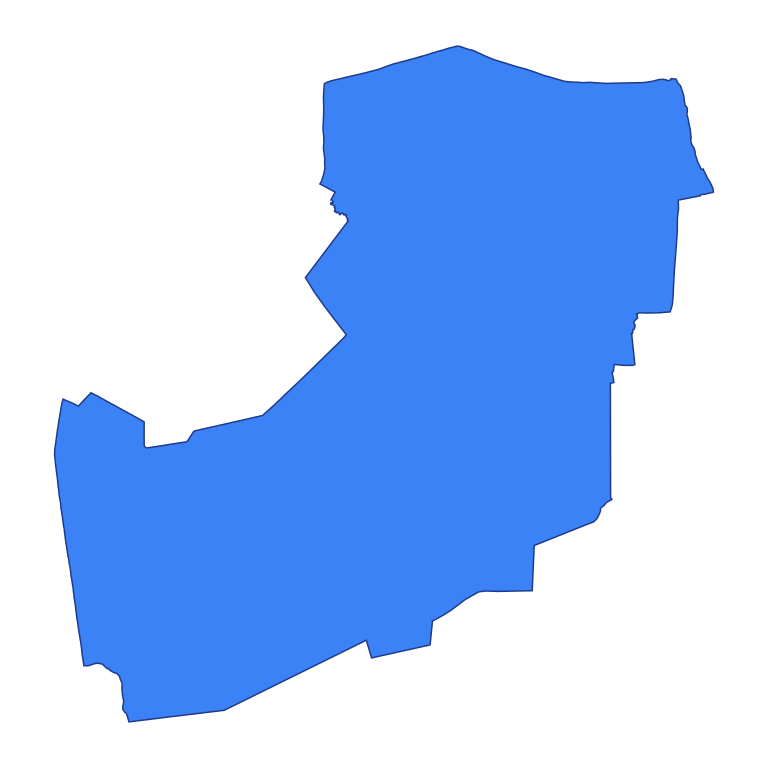 Certesti, Vaslui, Romania (orthographic projection)
{"feature_id": "2599482B13375142181874", "entity_name": "Certesti", "entity_type": "district", "adm_level": 2, "iso_a3": "ROU", "parent_name": "Romania", "parent_adm1": "Vaslui", "projection": "orthographic", "projection_center": [27.606, 46.012], "detail": "fine", "context": "isolated", "style": "filled", "palette": "blue", "viewbox_px": 768, "rotation_deg": 0, "n_neighbors": 0, "source": "geoboundaries", "source_scale": "gbopen_adm2", "svg_char_len": 5890}
<svg xmlns="http://www.w3.org/2000/svg" viewBox="0 0 768 768"><path d="M90.9,392.7L90.1,393.8L89.3,394.5L87.6,396.3L84.4,399.6L78.4,406.1L74.9,404.4L73.2,403.5L63.0,399.1L62.5,400.7L62.2,402.4L61.2,406.9L60.8,409.4L60.6,410.7L60.3,412.3L59.9,414.8L59.6,417.2L59.4,417.8L58.9,420.7L58.7,422.3L58.1,426.3L57.8,428.2L57.4,430.2L55.4,445.4L55.2,446.3L54.9,448.9L54.7,449.6L54.7,451.5L54.6,454.6L54.8,457.5L55.2,460.2L55.3,461.5L55.5,464.0L56.2,469.5L57.5,479.6L58.1,486.1L58.7,489.7L59.2,495.3L60.7,504.0L61.0,508.6L61.5,510.8L61.8,512.9L62.2,515.9L62.8,520.0L63.1,522.4L63.5,525.3L64.2,528.9L64.5,532.3L64.8,534.0L65.1,536.2L65.2,537.7L65.7,541.2L66.0,543.2L66.9,548.2L67.2,550.7L68.0,556.3L68.7,559.1L69.1,562.8L69.5,565.0L70.0,567.2L70.5,570.6L71.1,576.1L71.4,577.8L71.7,579.1L72.2,582.8L72.6,585.2L73.0,587.3L73.5,592.3L73.8,593.7L74.0,596.4L74.4,598.9L74.5,600.0L74.8,601.8L75.2,604.1L75.3,605.3L75.5,606.4L75.7,608.0L76.0,611.2L76.8,617.2L77.2,620.0L77.6,622.4L78.1,626.2L78.7,629.9L80.0,638.1L80.4,640.6L81.0,644.1L81.1,645.6L81.5,648.0L81.8,651.3L82.5,656.9L83.1,660.3L83.9,665.7L85.3,665.6L86.4,665.9L87.9,665.7L89.8,665.3L93.3,664.1L94.3,663.8L95.0,663.6L96.5,663.3L98.8,663.4L100.5,663.8L101.6,663.8L102.5,664.4L104.1,665.7L105.1,666.8L106.9,668.4L108.9,669.0L109.8,670.3L110.6,670.7L113.0,672.1L114.6,672.9L116.2,673.1L117.2,673.9L118.1,674.9L119.1,675.7L119.7,677.1L120.4,679.5L121.2,681.1L121.8,682.6L122.1,683.6L122.2,684.7L121.9,686.4L121.9,687.8L122.1,689.4L122.1,690.9L122.3,692.8L122.7,695.9L123.7,701.4L123.6,702.3L123.3,704.5L122.8,706.1L122.7,708.6L123.0,709.6L124.6,712.0L125.7,712.9L126.3,713.7L127.1,715.5L129.0,721.9L161.7,717.8L180.2,715.6L224.2,710.3L366.3,640.2L371.6,657.9L430.1,644.9L432.5,620.9L435.0,619.7L442.3,615.7L451.1,610.2L465.4,599.4L478.5,592.0L481.1,591.5L485.9,591.0L497.6,591.4L532.2,590.7L534.2,545.5L585.7,524.9L593.8,521.8L597.0,518.6L598.5,515.7L600.4,511.4L600.4,509.4L600.7,508.2L601.7,507.2L604.1,505.4L606.2,502.7L609.3,500.9L610.9,500.1L611.7,499.8L611.8,498.9L610.6,498.1L610.4,383.3L613.9,382.5L613.3,377.9L611.9,372.3L613.4,371.6L613.6,369.1L614.3,364.4L622.6,365.3L632.1,365.4L634.9,364.7L631.8,335.2L631.4,333.7L632.1,333.9L632.8,331.9L632.8,329.8L634.1,329.2L634.6,327.9L635.1,326.1L634.9,324.8L634.0,323.2L633.8,321.7L636.5,319.0L637.6,318.1L637.2,315.2L636.4,314.1L639.7,312.8L645.6,313.0L653.0,312.9L661.8,312.7L662.4,312.5L670.1,311.9L672.0,306.1L672.5,303.3L673.3,293.0L673.4,288.4L674.4,270.2L676.5,243.1L677.3,231.0L677.4,218.3L677.9,213.1L678.4,210.1L678.5,208.7L678.3,200.1L700.3,195.8L700.7,194.8L706.4,193.9L710.2,192.9L713.2,192.3L713.4,191.9L713.2,191.0L713.0,188.7L711.8,185.8L710.4,182.9L708.8,180.2L708.2,179.4L707.5,178.3L706.4,175.8L704.8,172.5L704.3,171.5L703.5,170.4L703.5,169.3L703.3,169.0L703.1,169.1L701.8,169.6L700.8,168.4L699.1,164.7L697.6,161.7L696.5,158.1L695.2,154.0L695.2,153.0L695.1,151.7L694.1,148.2L693.1,146.6L692.5,145.9L692.1,144.9L691.2,142.6L690.9,141.3L690.8,139.7L691.0,138.4L691.1,137.6L691.1,136.6L690.9,135.7L690.3,129.8L689.7,126.9L688.8,123.1L688.5,120.5L688.0,118.7L687.6,116.8L687.0,115.0L686.8,113.8L687.2,112.3L687.3,111.6L687.3,109.0L687.0,107.7L686.4,106.6L685.9,106.0L685.5,105.9L685.1,105.7L684.8,103.6L684.6,102.3L684.3,101.0L683.9,96.6L683.1,93.5L681.5,88.7L681.0,87.0L680.6,86.0L677.8,82.9L676.1,79.1L671.0,78.6L670.6,80.0L668.6,80.5L667.1,80.5L666.4,79.9L663.0,79.3L659.3,79.5L652.2,81.3L644.6,82.5L642.6,82.6L605.9,83.4L589.2,82.3L583.5,82.7L578.1,82.3L572.5,82.1L566.0,81.5L563.8,81.1L553.1,78.0L549.4,76.9L547.5,76.4L545.3,75.9L537.0,72.9L534.1,71.9L531.4,70.9L528.4,70.1L526.2,69.2L525.0,68.8L523.1,68.4L521.4,67.9L518.9,67.3L514.1,65.9L512.0,65.2L494.2,59.7L492.6,59.1L488.9,57.6L486.2,56.4L484.2,55.6L481.6,54.3L479.5,53.4L475.2,51.3L472.0,50.1L470.0,49.7L467.9,49.2L459.8,46.4L457.1,46.1L448.7,48.2L445.0,49.4L435.0,52.2L434.1,52.5L433.2,52.8L424.7,55.5L419.4,56.9L413.8,58.6L393.3,64.0L389.0,65.5L385.5,66.7L380.4,68.7L377.3,69.7L371.1,71.3L360.0,74.1L349.0,76.6L330.9,80.9L327.8,82.0L325.6,82.9L324.4,83.7L324.2,85.3L324.0,88.1L323.9,89.9L323.5,96.2L323.5,98.3L323.6,102.3L323.7,107.7L323.7,111.1L323.5,116.5L323.4,119.8L323.1,125.5L323.0,129.1L323.0,130.2L323.2,132.0L323.5,134.0L323.7,136.1L323.8,138.6L323.9,141.5L323.9,143.0L323.6,145.2L323.5,147.1L323.5,149.1L324.5,156.8L324.8,159.5L324.8,160.3L324.6,161.9L324.7,164.0L324.9,166.7L324.8,168.0L324.7,169.5L324.0,173.0L323.7,174.0L322.5,178.4L321.4,181.3L319.9,184.0L328.8,188.7L335.2,192.1L331.0,199.8L331.7,199.7L331.9,199.7L333.1,201.7L333.2,201.9L333.1,202.3L332.9,202.5L332.5,202.3L332.4,202.6L332.3,202.9L332.1,203.0L331.9,203.0L331.4,202.5L331.2,202.5L331.1,203.0L330.9,203.3L330.6,203.8L330.8,204.2L330.9,204.3L331.1,204.4L331.9,204.6L332.8,204.8L333.3,205.2L333.7,205.3L334.2,205.6L334.7,206.2L334.9,206.7L334.7,207.0L334.3,207.3L334.2,207.5L335.1,208.5L335.2,209.0L335.4,209.4L334.7,210.2L334.5,210.8L334.5,211.2L334.6,211.4L335.0,211.7L335.1,211.4L335.3,211.3L335.6,211.9L336.4,212.7L336.6,212.8L336.9,212.8L337.0,212.7L337.2,212.4L337.3,212.3L338.1,212.2L338.5,212.5L339.2,213.9L339.5,214.5L339.8,214.6L340.2,214.7L340.4,214.6L340.6,214.0L340.9,213.5L341.6,213.1L341.8,213.0L342.8,213.4L343.2,214.2L343.5,214.6L343.8,214.9L344.2,215.0L344.6,214.8L344.9,214.5L345.2,214.3L345.6,214.2L346.0,214.5L346.4,215.1L346.2,215.2L345.9,215.6L346.1,216.6L346.4,217.1L347.3,218.2L347.8,219.0L347.7,219.6L347.3,219.8L347.3,220.2L347.6,220.5L348.1,220.9L347.9,221.3L305.4,277.6L309.2,283.7L314.8,292.8L323.8,305.3L330.7,314.5L346.3,334.7L343.6,338.0L319.4,361.6L310.7,370.2L298.7,381.8L285.8,393.9L275.9,403.5L268.2,410.4L262.5,415.5L231.0,422.7L207.3,428.0L195.0,430.8L193.3,431.9L187.8,440.7L186.7,441.8L169.6,444.4L163.2,445.5L149.0,447.6L146.4,448.0L144.2,446.0L144.1,434.0L144.2,421.9L136.9,417.7L101.6,398.4L97.4,395.9L94.9,394.8L92.5,393.6L90.9,392.7Z" fill="#3b82f6" stroke="#1e3a8a" stroke-width="1.5"/></svg>